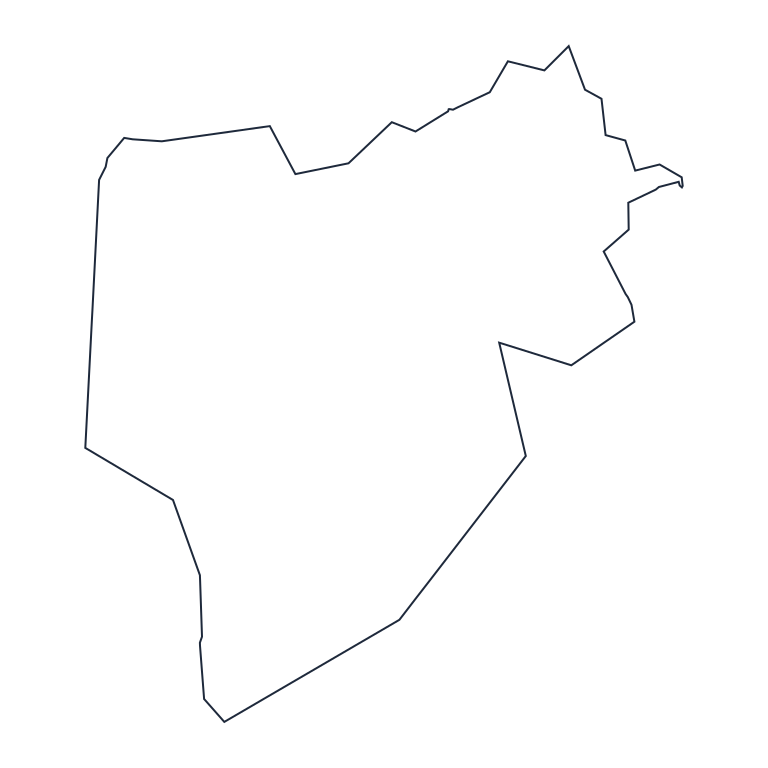 Lenoir, North Carolina, United States of America (Robinson projection)
{"feature_id": "52423323B80658823199099", "entity_name": "Lenoir", "entity_type": "district", "adm_level": 2, "iso_a3": "USA", "parent_name": "United States of America", "parent_adm1": "North Carolina", "projection": "robinson", "projection_center": [-77.584, 35.217], "detail": "fine", "context": "isolated", "style": "outline", "palette": "slate", "viewbox_px": 768, "rotation_deg": 0, "n_neighbors": 0, "source": "geoboundaries", "source_scale": "gbopen_adm2", "svg_char_len": 849}
<svg xmlns="http://www.w3.org/2000/svg" viewBox="0 0 768 768"><path d="M571.3,365.3L634.4,321.7L631.5,304.8L627.8,297.1L625.6,294.0L603.7,251.5L628.7,229.6L628.3,202.7L655.8,189.6L658.9,187.0L678.7,181.8L679.7,185.5L681.9,187.4L682.7,185.9L681.7,177.3L659.6,164.5L635.2,170.6L625.3,140.5L605.6,135.1L601.5,98.8L585.0,89.7L568.7,46.1L544.4,70.4L507.9,61.3L489.8,92.2L458.4,107.0L453.0,109.7L449.6,109.1L448.7,109.2L448.1,111.3L415.5,131.5L391.8,122.2L348.5,163.3L295.4,174.1L269.8,126.1L233.7,131.2L161.8,141.3L132.7,139.3L124.2,137.9L107.4,158.0L105.7,166.7L105.7,166.8L99.1,179.9L92.4,310.8L91.9,319.9L85.3,447.9L173.0,500.0L199.9,575.2L200.1,580.4L202.0,636.7L199.9,642.7L200.0,645.7L204.1,699.0L224.3,721.9L399.4,619.8L415.7,598.6L428.9,581.6L525.8,456.0L499.2,342.7L502.2,343.6L571.3,365.3Z" fill="none" stroke="#1e293b" stroke-width="2"/></svg>